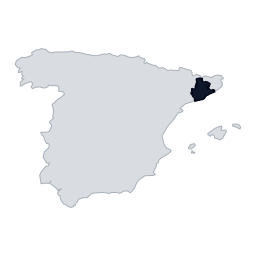 Spain, with Barcelona highlighted
{"feature_id": "ESP-5809", "entity_name": "Barcelona", "entity_type": "Autonomous Community", "adm_level": 1, "iso_a3": "ESP", "parent_name": "Spain", "parent_adm1": "", "projection": "robinson", "projection_center": [1.935, 41.755], "detail": "fine", "context": "in_parent", "style": "filled", "palette": "ink", "viewbox_px": 256, "rotation_deg": 0, "n_neighbors": 0, "source": "natural_earth", "source_scale": "10m", "svg_char_len": 5496}
<svg xmlns="http://www.w3.org/2000/svg" viewBox="0 0 256 256"><path d="M138.9,55.8L138.9,56.5L140.2,57.8L144.1,58.6L145.1,59.2L144.9,61.1L143.9,62.7L144.8,63.4L145.7,63.4L146.9,62.1L147.2,62.9L149.0,63.7L153.0,65.2L155.8,65.4L158.7,68.2L163.4,67.7L167.7,70.5L171.7,69.9L172.6,70.4L178.9,70.5L179.2,68.2L180.0,67.3L190.8,70.5L192.1,72.4L191.9,73.4L192.4,75.6L193.8,75.6L196.7,74.3L200.4,75.9L201.4,77.3L202.1,77.4L204.9,76.0L212.4,77.6L212.7,76.5L213.3,76.2L216.4,75.3L217.7,75.0L221.7,75.8L222.2,77.1L223.0,77.6L223.3,78.7L221.0,79.3L220.8,81.3L222.2,82.9L222.4,85.7L218.4,89.4L206.8,95.5L203.0,99.2L194.3,101.1L185.4,103.8L180.0,108.7L181.4,109.1L183.0,110.7L182.5,111.5L180.1,112.6L178.0,112.9L174.1,119.0L168.6,125.2L166.6,128.1L162.3,135.4L162.3,137.6L164.3,144.9L165.5,146.8L167.2,148.4L170.4,149.8L171.1,151.1L170.0,152.4L166.8,154.7L161.2,157.8L158.8,160.2L158.3,162.6L156.6,163.7L156.0,167.0L153.7,171.5L153.5,172.7L155.3,174.4L153.5,175.4L144.9,175.8L139.5,179.4L136.8,182.6L134.3,188.5L131.3,192.0L130.0,192.7L128.0,191.1L125.5,190.9L123.0,191.4L121.7,192.6L119.7,193.3L117.8,192.7L113.6,192.4L111.7,192.5L108.7,193.5L106.2,192.8L102.0,192.5L92.7,193.2L91.5,193.6L87.4,197.6L82.9,197.7L78.8,199.3L76.0,203.2L75.4,205.3L74.6,204.8L74.0,205.0L73.6,206.5L70.8,207.5L67.7,206.2L65.1,204.3L63.8,204.2L61.6,201.2L60.7,199.3L60.1,197.2L60.1,195.7L58.2,194.9L57.7,193.0L59.2,190.6L61.2,189.2L59.4,189.3L58.1,190.9L56.5,188.4L50.0,183.4L50.4,181.7L49.2,183.0L48.4,183.3L45.0,183.1L41.1,183.7L39.7,175.3L40.8,172.4L45.4,166.7L48.2,165.9L49.4,162.9L46.9,163.1L43.1,157.4L44.3,152.0L48.4,148.1L49.1,146.5L49.3,145.0L48.6,143.9L46.4,143.4L44.3,139.2L43.9,136.6L42.1,135.1L40.7,132.5L42.1,132.1L47.7,132.1L49.1,131.4L50.2,129.7L51.4,126.8L51.7,125.1L49.6,122.6L49.5,122.1L49.9,121.3L53.4,118.5L52.8,116.5L53.5,112.1L53.3,109.6L53.1,107.5L52.0,104.9L52.8,103.8L54.6,102.9L56.1,100.7L58.3,98.8L61.1,97.4L64.4,94.2L63.9,92.7L62.9,91.9L59.0,91.3L58.7,90.6L58.9,87.2L57.9,85.8L56.5,85.9L54.4,85.3L53.8,85.7L51.1,85.6L49.1,85.0L48.3,85.5L48.0,86.7L44.7,88.0L42.9,87.9L39.9,86.9L36.5,87.2L36.1,87.0L33.2,88.4L32.2,88.4L31.1,86.7L32.8,84.2L31.5,81.9L30.6,81.8L25.2,83.5L21.9,85.8L20.7,86.1L20.2,85.7L20.3,82.4L23.7,79.0L21.6,78.8L21.8,77.7L23.2,76.2L21.9,75.0L22.0,71.5L19.1,72.6L18.3,72.4L18.4,71.0L20.3,68.2L18.4,67.9L17.0,66.9L15.4,64.6L15.4,63.4L16.5,60.6L19.1,59.2L21.7,57.3L25.1,57.6L30.3,56.0L32.1,55.1L32.1,54.0L31.6,53.1L32.1,52.3L36.4,49.9L38.9,49.7L41.5,48.5L43.2,49.2L44.7,49.0L46.4,49.9L48.6,52.0L51.9,52.8L54.6,52.1L68.1,51.9L72.0,50.9L75.0,52.2L80.7,52.8L84.2,53.9L93.7,55.6L97.2,55.6L104.3,53.9L106.1,54.3L109.0,53.5L110.3,53.7L112.0,54.9L118.1,56.5L119.8,55.1L121.0,54.8L125.4,55.7L129.8,57.4L132.2,57.5L135.6,57.1L138.9,55.8ZM220.9,129.9L222.5,130.5L224.3,129.9L225.2,130.1L226.1,130.5L226.3,131.8L222.6,138.2L219.8,139.9L216.8,138.6L215.1,138.2L214.6,137.7L214.2,135.6L213.4,135.0L212.3,134.7L210.1,136.3L209.4,135.2L208.3,135.0L207.9,134.4L207.9,133.5L214.8,128.5L216.9,127.4L221.1,126.1L221.8,126.3L221.2,127.1L221.8,127.8L220.9,129.9ZM240.6,127.2L240.0,129.0L234.8,126.6L233.1,126.4L232.7,126.0L232.8,124.2L236.3,124.0L239.1,124.9L240.6,127.2ZM192.2,147.8L191.6,149.1L189.0,148.7L188.5,148.1L189.0,146.7L189.8,146.5L189.8,145.5L190.6,144.5L194.2,143.7L195.1,144.4L195.2,145.4L193.1,147.6L192.2,147.8ZM194.7,152.9L194.3,153.2L191.5,152.9L191.5,152.1L192.1,150.9L193.1,152.1L194.7,152.3L194.7,152.9Z" fill="#d9dde1" stroke="#a8b0b8" stroke-width="1"/><path d="M214.6,91.8L212.5,92.7L209.1,94.1L208.8,94.4L207.8,95.0L206.6,95.5L206.1,95.9L205.6,96.4L204.8,97.8L204.3,98.4L203.8,98.8L202.6,99.4L201.9,99.6L200.8,99.7L199.7,100.0L199.3,100.2L199.2,100.2L198.6,100.2L195.3,101.1L195.4,100.6L195.2,100.4L194.6,100.4L194.5,100.0L195.0,99.8L195.1,99.6L195.1,99.3L195.1,99.2L194.7,98.9L194.3,98.2L194.3,97.7L194.2,97.6L193.9,97.2L193.0,96.7L192.8,96.3L192.9,95.8L193.0,95.3L192.6,95.0L191.7,94.7L191.5,94.4L192.0,93.8L192.2,93.5L192.1,93.3L191.9,93.3L191.5,93.3L191.7,93.0L191.4,92.8L191.1,92.7L191.1,92.4L191.4,92.2L192.2,92.0L192.2,91.9L191.7,90.6L191.7,89.0L191.8,88.9L191.9,88.7L192.1,88.7L192.3,88.6L192.5,88.7L192.8,89.1L193.0,89.2L193.4,89.1L193.6,89.1L194.0,89.4L194.3,89.3L195.4,88.1L195.5,87.9L195.5,87.7L195.2,87.0L195.2,86.7L195.6,86.0L195.7,85.5L195.7,85.4L195.8,85.2L196.0,85.2L196.5,85.2L196.8,85.0L196.9,84.8L196.8,84.7L196.7,84.5L196.1,84.6L195.9,84.5L195.9,84.4L195.9,84.2L196.3,83.9L196.4,83.7L196.5,83.5L196.5,83.3L196.4,83.0L196.4,82.9L196.5,82.8L196.7,82.7L196.8,82.6L196.9,82.4L196.7,81.9L196.7,81.7L196.8,81.6L197.1,81.4L197.2,81.1L197.2,80.8L197.1,80.7L196.6,80.5L196.5,80.4L196.4,80.2L196.3,79.5L196.3,79.3L196.4,79.2L196.9,78.7L199.0,78.3L200.2,78.1L200.6,78.2L201.1,78.6L201.4,78.6L201.9,78.5L202.1,78.5L202.3,78.6L202.4,78.8L202.4,79.0L202.1,79.4L202.0,79.9L202.0,80.0L202.4,80.4L202.4,80.6L202.5,80.8L202.5,81.5L202.7,81.8L202.8,81.8L203.1,81.8L203.7,82.1L203.8,82.1L204.2,82.0L205.0,82.0L205.1,81.9L205.3,81.8L205.4,81.7L206.3,81.7L206.4,81.8L206.5,82.1L206.7,82.3L207.0,82.3L207.7,82.1L208.4,82.9L208.6,83.1L209.2,83.1L209.6,83.3L209.8,83.6L210.0,84.1L209.9,84.5L209.8,84.8L208.9,85.6L209.0,85.9L209.1,86.0L209.3,86.2L209.3,86.4L209.0,86.9L208.7,86.9L208.2,87.2L207.2,86.9L207.0,87.1L206.9,87.4L206.9,87.7L207.1,88.2L207.4,88.5L207.7,88.7L207.8,88.7L208.2,88.6L208.9,88.6L210.7,90.3L212.2,90.1L212.7,89.8L213.0,89.7L213.3,89.7L214.1,90.0L214.4,90.3L214.5,90.7L214.5,90.8L214.3,91.0L214.3,91.3L214.6,91.8Z" fill="#0f172a" stroke="#020617" stroke-width="1.5"/></svg>